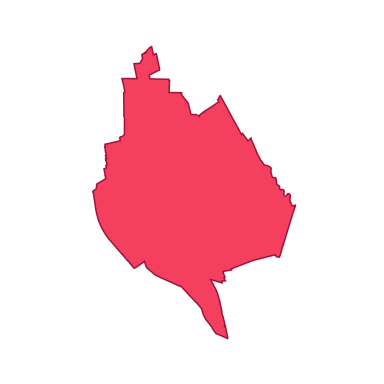 Bodegraven-Reeuwijk, Zuid-Holland, Netherlands (Robinson projection), rotated 77°
{"feature_id": "6326949B27886960256598", "entity_name": "Bodegraven-Reeuwijk", "entity_type": "district", "adm_level": 2, "iso_a3": "NLD", "parent_name": "Netherlands", "parent_adm1": "Zuid-Holland", "projection": "robinson", "projection_center": [4.773, 52.068], "detail": "fine", "context": "isolated", "style": "filled", "palette": "rose", "viewbox_px": 384, "rotation_deg": 77, "n_neighbors": 0, "source": "geoboundaries", "source_scale": "gbopen_adm2", "svg_char_len": 5525}
<svg xmlns="http://www.w3.org/2000/svg" viewBox="0 0 384 384"><g transform="rotate(77 192 192)"><path d="M342.8,190.2L342.2,190.0L338.2,189.9L332.3,189.7L329.7,189.7L330.2,190.5L329.9,190.6L328.3,189.9L327.4,189.7L320.3,189.8L318.6,190.1L316.8,190.1L315.1,189.9L314.8,189.7L314.1,190.0L313.9,189.7L311.1,189.6L308.4,189.6L305.5,189.7L305.4,189.5L305.1,189.5L304.1,189.6L299.0,189.8L295.7,190.1L291.8,190.8L287.6,191.9L281.4,193.7L282.8,191.0L283.3,190.2L287.4,183.1L285.5,182.9L286.0,179.9L286.1,179.4L284.1,179.9L283.0,180.2L282.6,179.1L280.6,179.2L279.1,179.5L278.1,179.6L276.8,179.7L276.4,179.7L276.8,170.9L276.1,170.6L275.5,170.5L275.5,169.6L275.1,167.2L272.7,150.1L272.6,149.1L272.3,146.1L272.3,145.0L272.2,140.1L272.2,138.3L271.9,124.9L273.8,124.5L274.5,123.1L275.1,121.8L275.2,121.6L275.1,121.4L274.8,121.2L270.4,118.6L269.0,117.9L264.7,115.4L249.5,106.6L232.9,97.0L232.6,96.8L232.7,96.7L229.4,94.8L228.5,94.3L228.1,94.2L228.0,94.9L228.3,95.0L228.2,95.3L228.3,95.6L228.2,96.2L228.2,96.5L228.1,97.1L227.9,97.4L227.8,97.5L227.3,97.7L226.8,97.7L225.9,98.0L225.7,98.1L225.3,98.0L224.6,98.1L223.9,98.4L223.6,98.4L222.7,98.4L221.7,98.3L220.8,98.2L220.2,97.8L219.8,97.7L219.7,97.8L219.3,97.6L219.1,97.4L218.6,97.2L217.2,97.0L216.9,97.1L216.7,97.0L215.7,97.6L215.3,98.4L215.2,98.5L215.2,98.8L215.4,98.8L215.5,99.3L215.7,99.7L216.9,101.2L217.3,101.8L217.2,102.1L216.9,102.5L216.7,102.9L216.4,103.0L215.9,103.2L215.5,103.2L213.5,102.6L213.4,102.5L212.5,102.2L212.5,102.3L212.2,102.2L211.6,102.1L210.4,102.5L210.0,102.9L210.1,103.0L209.9,103.9L209.9,104.8L209.6,105.2L209.3,105.3L208.9,105.7L208.4,105.9L208.0,105.7L207.3,105.7L206.4,105.5L205.9,105.5L205.2,105.9L204.4,107.1L203.8,107.6L203.0,107.5L202.7,107.6L202.2,107.6L201.6,107.5L201.5,107.4L201.2,107.4L200.4,107.4L199.7,107.2L198.1,107.1L197.7,107.1L197.4,107.3L197.0,107.6L196.6,108.0L196.5,108.4L196.5,108.9L196.5,109.0L196.3,109.8L196.2,109.9L196.2,110.0L195.7,110.3L194.6,110.5L193.7,110.5L192.1,110.6L191.6,110.6L189.4,110.4L187.9,109.9L186.9,109.6L186.3,109.6L185.8,109.9L185.4,110.2L184.2,111.4L183.1,112.9L182.7,113.7L182.0,115.3L181.7,115.7L181.3,115.9L180.7,116.0L179.7,116.4L179.8,116.5L178.4,117.0L178.2,117.1L178.3,117.1L177.7,117.3L177.2,117.4L177.2,117.5L176.2,117.9L175.0,118.4L174.6,118.5L174.4,118.4L173.7,118.6L173.8,118.7L173.1,118.9L169.0,119.8L166.5,120.2L160.0,121.4L158.1,121.7L153.7,122.5L153.1,122.6L152.8,122.5L153.1,123.3L153.7,124.0L154.3,124.9L154.3,125.1L154.7,125.9L146.2,129.7L147.2,130.8L126.3,136.7L104.5,142.7L105.0,143.6L105.0,143.8L105.3,143.9L105.7,144.1L107.3,145.2L107.7,146.2L108.0,146.2L110.2,145.6L111.4,148.7L111.6,149.4L112.0,150.2L112.6,151.7L114.0,155.7L115.4,159.4L115.7,160.6L116.4,162.3L116.5,162.6L116.8,162.5L116.9,162.9L117.1,163.2L116.9,163.3L118.6,166.9L119.4,167.9L119.7,167.9L119.3,168.3L118.8,169.0L118.3,169.7L117.8,170.2L117.5,170.6L117.1,172.2L116.5,174.1L116.3,175.6L104.8,175.7L102.9,176.5L101.9,177.0L100.8,177.4L98.2,178.8L97.4,179.1L96.3,179.6L93.8,180.5L93.3,180.8L93.3,180.6L93.1,180.5L93.3,179.9L92.9,179.8L89.9,192.0L78.4,188.8L78.2,189.4L77.0,189.1L73.1,204.4L72.3,207.5L68.5,207.3L67.9,205.0L67.6,203.4L67.2,202.4L66.6,199.8L66.3,198.7L66.2,198.4L66.2,198.0L66.1,197.7L65.8,196.4L65.6,196.0L63.9,195.9L49.2,195.7L49.2,196.8L49.5,196.8L49.5,197.6L49.5,198.3L49.6,198.8L41.2,198.6L41.3,199.2L42.0,201.1L43.5,203.3L43.9,203.8L45.0,204.9L46.2,205.7L46.2,206.6L45.4,206.5L46.3,208.4L46.8,209.5L46.9,210.0L51.1,210.2L54.9,214.0L54.4,217.1L54.2,218.1L54.1,218.3L54.0,218.8L53.9,219.7L69.2,220.1L65.9,233.7L65.7,234.7L69.0,234.7L70.4,234.6L79.5,234.9L79.5,235.4L79.6,235.6L79.7,235.9L79.8,236.2L95.6,239.6L100.3,240.7L102.6,241.3L102.7,241.2L103.1,241.2L103.5,240.9L108.3,242.0L120.7,244.9L120.9,245.0L121.4,245.9L122.1,247.4L122.2,247.9L122.2,249.1L122.7,250.2L125.9,250.4L126.0,262.2L126.0,262.9L125.9,265.0L125.9,265.5L125.9,266.0L127.1,266.1L127.7,266.0L127.8,266.7L128.2,266.8L128.7,266.5L129.3,266.3L129.2,266.4L129.3,266.9L129.5,266.8L131.1,267.0L132.8,267.2L133.5,267.3L135.8,266.9L135.8,267.0L136.6,266.9L136.8,268.1L137.6,268.0L138.7,268.1L138.6,267.8L140.2,267.6L140.4,268.9L141.2,268.7L141.5,268.8L141.5,268.7L144.4,268.6L145.5,268.7L146.5,268.6L146.8,270.0L148.1,269.8L148.8,270.1L149.1,270.1L149.8,272.7L150.5,272.6L153.2,272.7L153.8,272.6L155.2,272.8L156.0,272.7L156.1,273.0L158.2,272.8L158.3,273.1L159.2,273.0L159.6,273.0L162.9,283.1L167.3,284.5L169.0,288.5L169.9,288.6L169.8,288.2L186.6,289.6L189.3,289.7L192.2,289.8L195.5,289.6L197.8,289.5L200.3,289.2L203.3,288.7L207.1,287.9L209.7,287.2L213.0,286.1L215.3,285.2L218.2,284.0L221.1,282.5L236.9,274.2L236.8,273.9L237.9,273.3L238.0,273.6L243.8,270.5L243.7,270.3L244.2,270.0L244.3,270.3L244.9,270.0L244.8,269.7L245.2,269.5L246.2,269.0L247.6,268.2L247.7,268.5L253.3,265.5L252.5,262.6L249.3,254.8L249.0,254.4L248.8,254.0L249.6,253.9L253.3,253.6L254.7,253.3L256.0,252.9L258.8,250.8L260.2,249.8L261.7,248.5L262.0,248.4L262.5,248.1L263.6,247.3L266.0,244.9L266.4,244.1L268.4,241.8L277.1,230.2L279.8,226.7L280.8,225.3L280.8,225.1L281.0,225.1L281.2,224.9L281.3,224.8L281.3,224.5L281.0,224.2L288.8,219.6L290.7,218.6L292.9,217.3L294.6,216.4L295.4,215.8L298.8,213.9L300.5,212.8L300.4,212.7L302.1,211.7L302.3,211.7L302.6,211.7L304.1,210.8L305.3,210.2L306.2,209.7L307.3,209.2L308.6,209.0L309.9,208.8L311.3,208.7L312.6,208.7L314.6,208.4L315.7,208.2L317.5,207.7L318.5,207.6L318.9,207.4L320.0,206.9L321.7,206.0L328.0,203.1L328.3,203.0L329.2,202.9L331.0,202.3L332.7,201.6L335.3,200.4L342.8,190.2Z" fill="#f43f5e" stroke="#9f1239" stroke-width="1.5"/></g></svg>